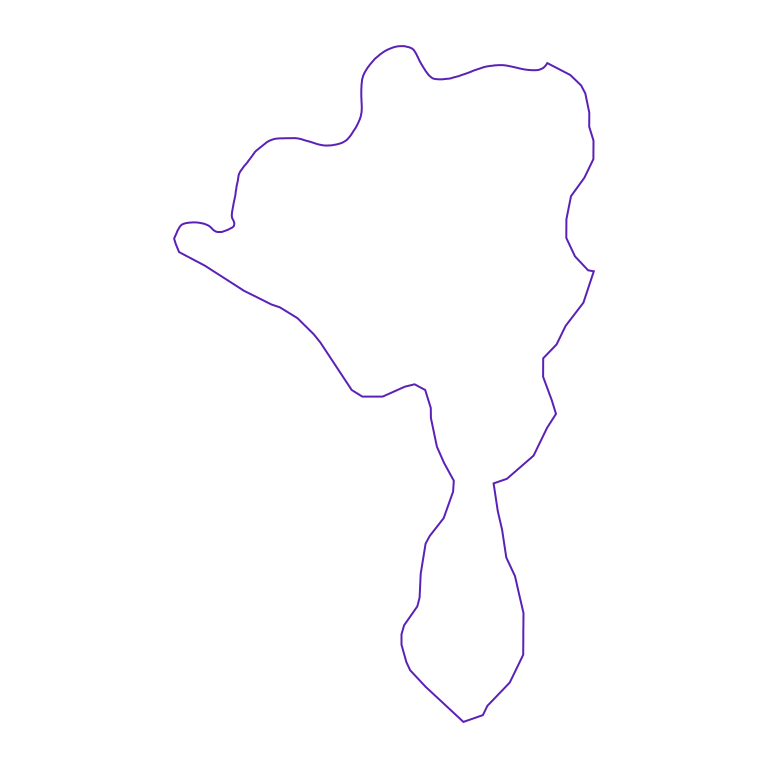 outline of Usi, Chagang-do, North Korea
{"feature_id": "82179303B10804861284408", "entity_name": "Usi", "entity_type": "district", "adm_level": 2, "iso_a3": "PRK", "parent_name": "North Korea", "parent_adm1": "Chagang-do", "projection": "natural_earth1", "projection_center": [125.541, 40.577], "detail": "fine", "context": "isolated", "style": "outline", "palette": "violet", "viewbox_px": 768, "rotation_deg": 0, "n_neighbors": 0, "source": "geoboundaries", "source_scale": "gbopen_adm2", "svg_char_len": 5837}
<svg xmlns="http://www.w3.org/2000/svg" viewBox="0 0 768 768"><path d="M547.3,63.1L547.2,63.3L546.5,64.3L545.9,65.3L545.1,66.1L544.4,66.9L543.4,67.8L542.2,68.5L541.1,69.0L539.9,69.5L538.5,69.9L537.2,70.1L535.4,70.2L533.4,70.2L531.6,70.2L529.7,70.0L528.2,69.9L526.5,69.7L524.9,69.5L523.2,69.2L521.2,68.8L519.8,68.5L518.6,68.2L517.0,67.8L515.6,67.5L514.0,67.1L512.6,66.8L511.3,66.5L509.0,66.1L506.9,65.6L505.1,65.4L503.7,65.2L501.8,65.1L500.5,65.1L498.9,65.1L497.6,65.2L496.5,65.3L495.1,65.3L493.8,65.5L492.1,65.8L490.3,65.9L488.5,66.2L487.2,66.4L485.7,66.7L484.2,67.1L482.7,67.5L481.3,68.0L479.6,68.6L478.3,69.0L476.8,69.5L475.4,70.0L473.8,70.5L472.1,71.2L470.6,71.9L468.9,72.5L467.6,73.0L466.3,73.5L465.0,73.9L463.6,74.4L462.0,74.9L460.6,75.4L459.1,76.0L458.1,76.3L457.2,76.5L456.1,76.8L454.7,77.2L453.2,77.5L451.7,78.1L450.4,78.4L448.5,78.7L447.0,78.8L445.2,79.0L444.1,79.1L442.6,79.3L441.3,79.3L439.8,79.3L438.5,79.3L437.3,79.2L436.1,79.1L434.8,78.9L433.6,78.7L432.5,78.2L431.6,77.6L430.7,76.9L429.6,75.9L428.6,75.0L427.8,73.9L427.0,72.8L426.3,71.9L425.6,71.0L425.1,70.1L424.4,69.0L423.8,68.1L423.1,67.1L422.5,65.9L422.0,65.1L421.3,64.0L420.7,62.9L420.1,61.9L419.5,60.7L418.9,59.5L418.3,58.1L417.8,57.0L417.2,56.0L416.7,54.8L416.1,53.7L415.5,52.7L414.9,51.7L414.1,50.5L413.5,49.7L412.6,49.0L411.9,48.5L411.0,48.0L410.0,47.6L408.8,47.2L407.5,46.9L406.6,46.7L405.2,46.3L404.1,46.2L402.8,46.1L401.3,46.1L399.7,46.2L399.1,46.2L398.1,46.3L396.9,46.5L395.5,46.8L394.3,47.1L393.2,47.4L392.0,47.9L390.6,48.4L389.4,48.9L388.2,49.4L387.1,49.9L385.8,50.6L384.6,51.3L383.3,52.1L382.3,52.9L381.1,53.7L380.1,54.4L379.1,55.3L378.3,56.0L377.4,56.7L376.5,57.5L375.4,58.3L374.6,59.2L373.8,60.1L373.0,61.0L372.2,62.0L371.7,62.6L371.1,63.2L370.4,64.1L369.6,65.0L368.9,66.1L368.0,67.1L367.3,68.2L366.7,69.2L366.0,70.2L365.2,71.6L364.5,72.8L364.0,73.9L363.5,74.9L363.1,76.1L362.8,77.1L362.5,78.3L362.1,79.4L362.0,80.5L361.9,81.5L361.8,83.0L361.5,84.5L361.5,85.2L361.5,86.8L361.4,88.1L361.3,89.7L361.3,91.4L361.3,92.7L361.3,94.7L361.3,96.5L361.4,98.4L361.5,100.2L361.5,101.9L361.7,103.7L361.7,105.2L361.8,106.8L361.8,108.2L361.7,109.7L361.6,111.5L361.5,112.4L361.4,113.3L361.0,114.8L360.8,116.3L360.2,117.9L359.9,119.0L359.4,120.2L358.9,121.3L358.3,122.7L357.7,123.9L357.1,125.1L356.4,126.5L355.7,127.8L354.9,128.9L354.3,129.9L353.4,131.2L352.6,132.5L351.7,133.9L351.1,134.9L350.4,135.8L349.5,136.9L348.6,138.0L347.8,138.8L347.0,139.7L345.9,140.6L344.6,141.4L343.2,142.2L342.0,142.8L340.6,143.3L339.0,143.8L337.5,144.2L335.9,144.6L334.2,144.8L332.5,145.2L330.8,145.4L329.9,145.4L328.1,145.5L326.6,145.5L325.0,145.5L322.8,145.3L321.5,145.0L319.8,144.7L318.0,144.3L316.4,143.8L314.8,143.3L313.1,142.7L311.3,142.1L309.6,141.6L307.2,141.0L305.2,140.4L304.0,140.1L302.4,139.5L300.7,139.0L298.6,138.6L297.1,138.3L295.8,138.2L294.2,138.1L292.6,138.1L291.0,138.2L289.3,138.2L287.7,138.2L285.6,138.2L284.0,138.3L282.7,138.3L281.0,138.3L279.3,138.4L277.9,138.5L276.7,138.6L275.4,138.8L274.3,139.0L273.3,139.3L272.4,139.6L271.4,139.9L270.3,140.4L269.1,140.8L268.3,141.4L267.7,141.7L267.0,142.1L265.9,142.9L264.9,143.8L263.7,144.7L262.7,145.5L261.6,146.4L260.7,147.1L259.8,147.8L258.9,148.5L258.0,149.3L257.0,150.1L256.1,150.8L255.3,151.6L254.7,152.3L254.0,153.4L253.2,154.4L252.5,155.5L251.7,156.5L250.8,157.7L249.9,159.0L248.9,160.2L248.0,161.4L247.7,162.0L246.9,163.0L246.1,163.9L245.2,164.9L244.4,165.8L243.8,166.6L243.1,167.5L242.6,168.3L241.9,169.3L241.2,170.2L240.6,171.0L239.9,172.1L239.4,173.2L239.0,174.2L238.6,175.4L238.4,176.9L238.1,178.5L238.0,179.6L237.8,181.0L237.3,182.9L236.9,184.7L236.5,186.8L236.3,188.6L236.0,190.3L235.7,191.8L235.6,193.3L235.4,194.7L235.2,196.1L234.8,197.6L234.6,198.9L234.2,200.6L233.9,202.1L233.6,203.5L233.3,205.1L233.2,206.1L233.0,206.8L232.7,208.4L232.5,209.7L232.2,211.1L232.0,212.6L231.9,213.8L231.8,215.0L231.8,216.1L232.0,217.4L232.4,218.6L233.1,219.9L233.8,221.3L234.0,222.3L234.3,223.1L234.3,224.0L234.1,225.1L233.9,225.9L233.3,226.6L232.7,227.2L231.7,227.8L230.8,228.3L229.7,228.8L228.6,229.4L227.6,229.9L226.5,230.3L225.4,230.7L224.3,231.1L223.4,231.4L222.6,231.7L221.7,232.0L220.3,232.0L219.0,232.0L218.1,232.0L217.1,231.9L216.2,231.7L215.5,231.3L214.6,230.8L213.8,230.3L213.1,229.7L212.5,229.1L211.8,228.3L210.8,227.4L210.1,226.7L209.0,225.9L207.9,225.3L206.6,224.7L205.3,224.2L204.1,223.8L202.7,223.4L201.7,223.3L200.6,223.0L199.4,222.8L198.1,222.6L196.9,222.5L195.4,222.4L194.4,222.4L192.8,222.4L191.3,222.5L190.0,222.6L188.7,222.7L187.5,222.9L186.2,223.1L185.2,223.3L184.3,223.6L183.4,223.9L182.6,224.2L182.0,224.6L181.3,225.1L180.6,225.7L180.2,226.3L179.7,227.0L178.9,228.2L178.4,229.2L177.8,230.2L177.2,231.3L176.8,232.5L176.3,233.7L175.9,234.6L175.5,235.5L175.0,236.4L174.8,237.2L174.7,237.3L174.2,238.3L174.2,239.0L174.5,240.0L174.8,240.9L175.1,242.0L175.5,243.1L175.8,244.1L176.4,245.6L177.0,247.0L177.6,248.5L178.1,249.8L178.5,250.7L178.9,251.5L179.1,252.1L204.9,265.7L244.0,290.8L271.5,304.5L279.8,307.3L297.5,318.2L313.7,334.2L320.5,342.7L351.7,390.0L362.3,396.6L382.6,396.6L404.8,386.7L414.6,384.3L425.2,390.0L430.8,408.0L430.9,417.9L436.9,446.7L444.0,462.8L453.8,480.7L453.1,491.6L443.7,518.1L429.7,536.0L425.6,543.6L420.7,573.8L419.6,597.5L417.3,606.4L404.1,625.3L401.5,634.3L401.5,644.7L406.4,662.2L410.2,670.3L425.6,686.8L433.7,694.3L463.4,721.9L482.9,715.1L487.4,705.8L500.8,691.9L509.7,682.6L514.2,673.4L523.2,654.8L523.3,640.9L523.3,631.7L523.4,624.7L523.5,613.1L519.2,594.6L515.0,576.1L506.3,557.6L502.1,529.8L497.8,511.2L493.6,483.4L506.9,478.8L533.6,455.6L538.1,446.3L547.1,427.8L556.0,413.9L551.7,400.0L543.1,376.8L543.2,358.3L556.6,344.4L565.6,325.9L583.4,302.7L593.8,271.3L588.1,270.3L575.0,256.4L566.3,237.9L566.4,219.3L571.0,196.2L584.4,177.7L593.4,159.1L593.5,140.6L589.2,126.7L589.3,112.8L585.3,93.4L581.1,85.4L570.3,75.0L547.3,63.1Z" fill="none" stroke="#5b21b6" stroke-width="2"/></svg>